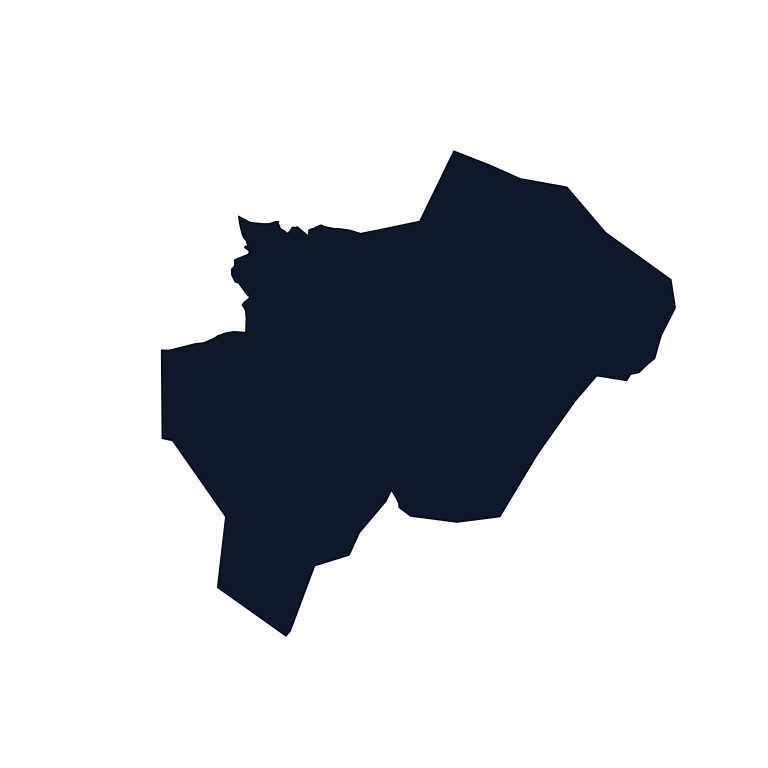 outline of Boripe, Osun, Nigeria, rotated 33°
{"feature_id": "59680162B47985033068277", "entity_name": "Boripe", "entity_type": "district", "adm_level": 2, "iso_a3": "NGA", "parent_name": "Nigeria", "parent_adm1": "Osun", "projection": "orthographic", "projection_center": [4.688, 7.896], "detail": "fine", "context": "isolated", "style": "filled", "palette": "ink", "viewbox_px": 768, "rotation_deg": 33, "n_neighbors": 0, "source": "geoboundaries", "source_scale": "gbopen_adm2", "svg_char_len": 1442}
<svg xmlns="http://www.w3.org/2000/svg" viewBox="0 0 768 768"><g transform="rotate(33 384 384)"><path d="M553.3,432.1L550.8,359.5L553.4,294.7L557.8,261.2L585.5,248.9L585.4,241.6L591.4,235.6L594.1,224.0L597.0,215.2L590.0,192.5L586.7,161.5L567.9,140.4L487.2,136.4L430.2,119.4L386.4,137.8L354.4,142.8L315.9,150.7L325.5,228.2L292.6,260.8L282.4,270.7L271.2,273.9L261.1,278.7L258.4,280.6L248.4,284.6L244.8,285.0L241.7,289.0L241.1,291.1L239.1,293.1L237.3,295.7L238.8,298.5L240.3,301.3L231.0,300.2L225.6,299.5L224.9,301.0L223.4,301.6L221.9,302.6L222.0,305.8L221.8,307.9L220.6,311.0L218.2,310.1L215.8,309.9L212.6,310.4L210.4,308.7L207.1,306.7L207.2,305.6L204.6,307.0L203.0,309.2L200.5,312.2L195.4,315.6L192.1,317.3L186.5,320.2L182.9,321.7L178.1,321.9L171.0,322.7L176.1,328.5L179.0,331.3L184.1,335.9L186.4,337.4L190.6,338.8L194.6,342.2L192.9,344.3L192.9,345.3L197.9,345.6L199.4,346.8L199.7,348.2L199.3,349.7L191.2,361.3L194.6,366.1L193.8,370.8L196.9,375.3L203.6,379.4L206.8,378.3L220.2,383.5L223.1,383.7L224.5,385.1L222.5,391.0L222.1,394.9L227.4,397.2L232.1,402.7L240.2,416.1L229.8,421.9L223.7,427.4L218.4,434.2L217.0,437.7L210.4,447.8L203.8,453.2L195.5,462.2L185.1,473.2L179.1,476.8L227.7,550.3L237.5,546.5L323.6,581.4L355.3,645.2L438.9,648.6L439.8,642.1L424.7,574.2L447.8,546.4L444.2,522.2L449.4,480.9L447.8,468.6L456.6,473.1L461.2,475.7L464.0,479.2L478.3,480.2L520.3,460.1L553.3,432.1Z" fill="#0f172a" stroke="#020617" stroke-width="1.5"/></g></svg>